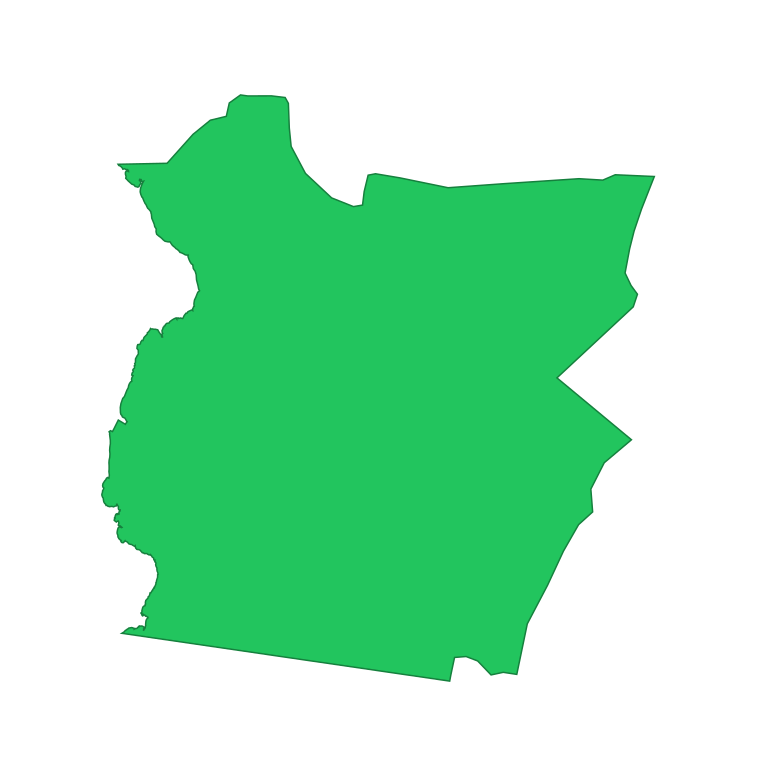 outline of Ngkeklau, Ngiwal, Palau, rotated 173°
{"feature_id": "81905179B53990233662504", "entity_name": "Ngkeklau", "entity_type": "district", "adm_level": 2, "iso_a3": "PLW", "parent_name": "Palau", "parent_adm1": "Ngiwal", "projection": "robinson", "projection_center": [134.636, 7.588], "detail": "fine", "context": "isolated", "style": "filled", "palette": "green", "viewbox_px": 768, "rotation_deg": 173, "n_neighbors": 0, "source": "geoboundaries", "source_scale": "gbopen_adm2", "svg_char_len": 6164}
<svg xmlns="http://www.w3.org/2000/svg" viewBox="0 0 768 768"><g transform="rotate(173 384 384)"><path d="M145.2,298.5L211.6,369.0L127.2,430.2L121.5,442.2L126.8,451.7L131.2,464.8L123.7,488.3L117.1,505.4L107.0,526.4L90.4,557.0L129.0,563.5L142.0,559.7L165.4,564.0L240.4,568.2L296.5,571.0L342.9,586.6L366.8,593.7L374.3,593.2L380.2,577.5L383.5,564.2L392.7,563.8L413.3,575.1L436.3,602.6L447.2,631.1L446.8,649.6L444.7,674.2L447.2,680.4L460.6,683.7L484.1,686.5L491.2,688.4L503.3,681.8L507.9,668.9L524.2,667.0L543.1,655.1L572.4,629.5L621.2,634.5L620.6,633.2L619.2,632.5L618.4,631.6L617.5,630.4L617.0,629.0L615.4,629.3L613.8,628.2L612.7,628.2L611.7,627.2L611.7,626.0L613.0,626.7L614.0,626.6L614.8,625.7L615.1,623.9L614.7,621.4L615.3,619.6L614.3,618.4L613.2,616.8L610.0,613.1L608.0,612.1L606.9,610.4L605.7,610.0L604.4,609.4L603.2,609.7L602.2,611.5L600.9,612.7L601.0,615.0L602.0,615.7L601.6,616.9L600.1,616.5L600.1,615.4L599.4,614.4L597.9,614.6L599.4,612.5L600.4,610.7L601.7,608.0L602.2,606.3L602.6,604.4L602.3,602.0L601.9,600.4L601.5,599.0L600.9,598.4L600.0,594.9L599.1,592.2L598.4,591.2L598.0,589.8L597.2,587.4L595.9,585.8L594.4,583.3L594.5,582.2L594.2,581.1L594.3,576.9L593.7,574.7L593.2,572.9L592.6,570.6L592.4,568.2L591.9,567.0L591.2,565.9L591.7,562.9L591.4,560.4L589.5,558.3L588.1,557.0L586.8,555.6L585.6,554.0L584.0,552.4L580.8,551.3L579.2,551.3L577.2,547.5L576.0,546.1L575.0,545.2L574.1,543.8L572.9,542.9L571.4,541.2L570.4,539.4L569.4,539.1L567.2,537.7L565.5,536.4L563.7,535.9L562.6,535.8L563.0,534.3L562.6,532.3L562.1,530.4L561.4,528.5L560.6,526.8L559.3,525.7L559.2,521.8L557.7,518.9L557.1,515.4L557.4,510.1L556.6,504.1L556.4,500.8L555.7,499.0L557.6,497.8L560.2,493.1L561.9,490.4L562.8,487.2L563.0,485.3L562.8,484.3L563.6,483.9L564.2,482.7L564.8,481.9L564.9,480.1L566.0,480.9L569.7,479.7L571.1,478.2L571.9,478.4L574.0,476.3L575.1,474.5L575.8,473.5L577.1,473.9L577.6,474.3L579.9,474.1L580.1,474.6L581.4,474.7L581.7,473.5L582.4,474.9L584.2,474.4L586.5,473.4L588.1,472.5L589.2,471.8L589.9,470.7L591.5,470.7L592.4,470.6L593.8,469.5L594.1,468.6L595.1,468.3L595.3,467.7L596.2,467.2L597.0,465.3L597.8,464.2L597.9,462.5L597.5,461.1L598.0,461.0L598.4,459.8L598.2,458.9L598.1,457.6L598.6,457.5L599.0,458.2L598.9,459.5L599.9,460.9L601.0,463.0L602.0,465.4L604.5,466.3L605.7,466.3L606.7,466.8L608.5,467.0L609.0,467.5L609.7,466.2L611.6,464.2L612.6,463.8L612.9,462.4L616.5,459.5L618.0,456.5L618.9,456.8L620.3,455.3L620.9,453.7L621.7,453.1L623.6,453.1L624.3,451.8L624.9,449.4L623.8,447.6L624.2,443.6L625.6,442.1L627.6,439.2L628.1,435.6L629.0,434.6L628.6,433.1L629.7,432.4L629.5,431.5L629.9,429.9L630.9,429.5L631.7,428.4L631.2,427.2L631.6,426.6L632.7,425.5L633.3,423.6L632.1,422.9L633.4,421.1L634.0,419.6L634.0,417.4L635.2,417.0L636.5,415.6L637.6,413.7L638.3,411.5L640.0,409.1L641.3,406.7L643.2,403.2L645.1,401.5L647.5,396.6L648.6,392.9L649.1,387.5L648.8,385.7L648.1,384.9L647.7,383.3L646.9,382.6L645.4,381.8L645.0,381.0L644.5,379.9L644.1,378.6L643.5,377.9L645.1,376.3L645.6,375.5L652.1,380.6L657.4,372.6L659.3,369.9L661.2,371.0L662.7,370.1L662.2,368.7L662.5,367.7L662.5,361.4L662.9,358.0L663.8,354.7L664.4,351.7L664.5,348.1L665.1,344.8L666.1,341.9L666.6,339.4L666.8,336.5L667.2,333.1L667.7,330.6L667.7,327.0L668.6,324.0L669.9,324.9L671.0,324.2L671.8,322.9L673.1,321.8L675.1,319.3L675.7,317.3L675.5,315.8L674.8,315.0L675.1,314.0L676.5,312.0L676.4,311.4L677.3,309.4L677.6,308.3L677.4,307.0L677.1,305.8L676.6,305.0L676.6,302.8L676.5,301.3L676.1,300.2L675.6,299.3L675.1,299.0L675.0,298.2L674.6,297.3L674.0,297.4L672.8,296.2L672.4,296.2L671.6,295.7L669.0,295.7L667.3,295.0L666.3,295.4L665.5,295.6L664.5,295.6L664.0,296.5L664.0,297.2L663.6,297.2L663.1,295.7L662.5,294.5L662.8,293.6L662.8,292.4L662.6,291.6L661.9,291.3L661.2,291.2L661.3,290.6L661.6,290.0L662.1,290.0L662.5,289.4L662.7,288.9L662.9,288.3L662.8,287.3L663.1,287.0L663.8,287.4L664.6,287.0L664.6,287.8L665.3,287.7L665.9,287.4L666.6,286.4L667.1,284.9L667.6,284.4L667.2,284.0L667.3,283.3L667.9,283.2L668.4,281.5L666.5,279.6L665.6,280.1L664.5,280.4L664.1,279.1L664.2,277.7L664.7,277.2L664.9,276.0L664.3,275.5L663.3,275.5L661.5,273.6L661.9,273.4L663.7,274.3L664.5,274.2L665.3,273.7L665.8,272.8L666.2,271.9L666.9,269.7L667.1,268.6L667.0,267.6L666.6,266.4L666.7,264.6L665.9,262.6L665.3,262.1L664.8,261.3L664.0,260.8L664.4,260.2L663.9,258.9L663.2,258.4L661.9,258.3L660.0,260.1L659.5,259.3L658.3,258.7L657.7,258.0L656.8,256.5L655.1,255.7L654.1,255.5L652.7,254.3L651.2,253.2L650.7,253.7L650.5,251.5L649.5,250.0L648.2,249.6L647.2,249.4L646.3,248.7L644.4,245.9L643.4,245.8L642.6,244.9L639.9,244.6L639.4,243.9L637.9,242.9L636.7,243.3L636.3,242.3L635.8,242.2L635.1,240.4L634.4,239.9L633.9,239.3L633.9,238.0L633.7,237.4L632.9,237.2L633.3,236.7L633.2,236.2L632.8,236.0L633.0,235.3L632.4,234.9L632.2,233.9L632.7,232.4L632.4,230.5L631.8,229.1L632.0,227.8L632.0,226.0L631.5,224.3L631.5,222.5L631.9,222.4L632.3,219.7L633.6,216.9L634.3,214.7L634.6,214.6L634.8,213.2L636.3,210.7L636.7,209.9L637.1,210.0L637.1,209.3L637.9,208.9L638.8,207.8L638.9,207.2L639.3,207.2L641.0,205.0L641.6,205.2L642.7,202.4L644.1,201.4L644.2,200.5L644.9,199.8L646.4,198.6L646.9,198.0L647.1,197.3L647.4,196.7L647.6,195.1L647.4,194.7L648.0,194.2L648.1,193.1L649.3,192.9L649.6,192.6L650.3,192.2L650.9,191.2L651.9,188.6L652.0,187.5L652.4,186.6L652.9,186.6L653.1,185.8L652.7,185.5L652.3,185.6L651.9,185.3L652.5,184.7L652.3,183.7L651.7,183.2L651.1,183.8L651.0,185.3L650.5,183.9L649.6,183.8L649.0,182.6L648.0,182.5L647.5,181.8L646.7,181.3L646.7,180.7L647.6,180.1L648.3,179.4L648.8,178.6L649.2,177.6L649.9,174.6L650.0,173.0L650.5,172.6L650.6,171.6L651.3,171.6L650.9,170.9L652.9,168.4L652.5,169.4L652.5,170.2L652.1,170.3L651.9,171.1L652.0,171.9L652.7,172.7L653.5,173.2L654.6,173.4L655.7,173.4L656.2,173.7L657.0,173.3L657.1,172.6L657.8,172.6L658.8,171.7L659.4,171.5L660.4,171.6L661.9,171.0L661.9,172.1L662.5,172.2L663.3,172.7L664.1,173.0L666.2,172.9L667.2,172.8L668.1,172.1L668.7,172.0L669.5,171.4L670.8,170.9L672.2,169.6L674.6,168.5L355.0,81.1L353.2,86.8L347.3,104.0L335.7,103.5L324.8,97.7L313.2,82.2L300.8,83.3L287.6,79.6L271.0,128.5L246.2,164.3L226.3,196.2L208.0,220.7L192.5,231.6L191.5,254.5L175.0,279.0L145.2,298.5Z" fill="#22c55e" stroke="#15803d" stroke-width="1.5"/></g></svg>